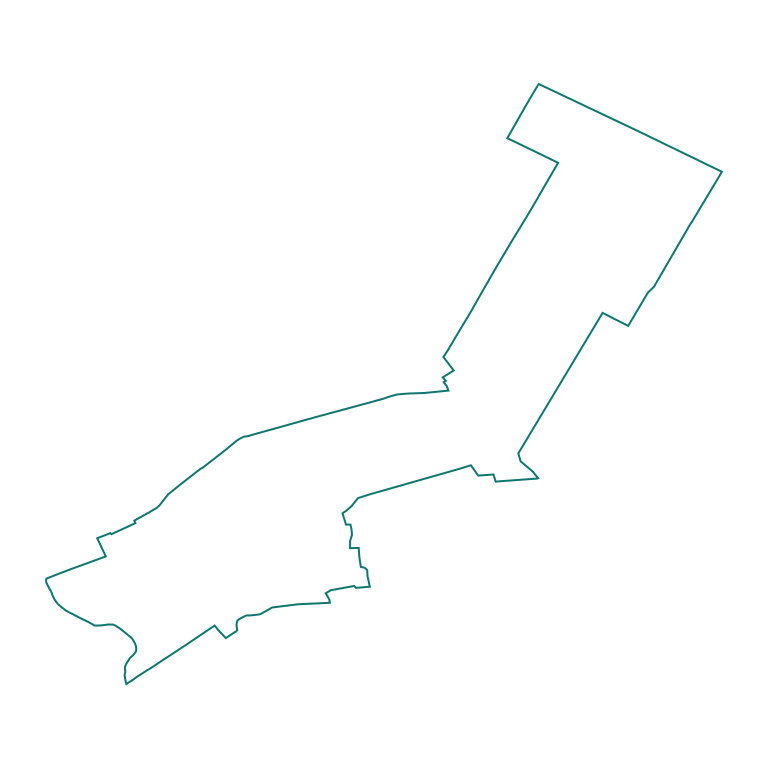 the district of Lita, Teleorman, Romania
{"feature_id": "2599482B88821279710762", "entity_name": "Lita", "entity_type": "district", "adm_level": 2, "iso_a3": "ROU", "parent_name": "Romania", "parent_adm1": "Teleorman", "projection": "robinson", "projection_center": [24.816, 43.818], "detail": "fine", "context": "isolated", "style": "outline", "palette": "teal", "viewbox_px": 768, "rotation_deg": 0, "n_neighbors": 0, "source": "geoboundaries", "source_scale": "gbopen_adm2", "svg_char_len": 2652}
<svg xmlns="http://www.w3.org/2000/svg" viewBox="0 0 768 768"><path d="M174.5,652.5L179.1,649.4L183.7,646.4L192.5,640.5L210.1,628.6L214.7,625.6L218.0,629.8L225.8,638.1L234.1,632.6L236.2,631.4L237.3,630.1L236.7,626.9L236.5,625.0L236.7,622.8L237.2,621.3L237.6,620.6L238.4,619.8L239.6,618.9L241.4,617.9L244.9,616.1L246.2,615.6L247.0,615.4L249.2,615.5L251.7,615.3L257.1,614.7L260.3,614.2L266.2,610.9L272.1,607.5L297.7,604.3L329.8,602.8L329.4,599.6L325.7,593.3L330.9,590.2L353.4,586.1L354.3,586.0L356.1,587.9L369.8,586.7L367.5,576.0L367.2,570.0L364.6,567.7L360.8,566.9L359.3,556.5L358.7,547.9L350.1,548.2L350.1,540.9L352.0,534.9L351.5,529.1L350.4,524.6L346.0,524.6L342.5,513.3L346.8,510.4L351.7,505.9L358.0,498.1L369.9,494.3L459.9,468.7L470.9,465.3L478.2,475.6L493.5,474.5L495.7,481.7L499.3,481.3L536.9,478.6L538.1,478.3L533.0,471.8L520.6,461.3L518.3,453.4L578.3,353.4L602.6,312.9L615.4,319.4L628.2,325.9L647.9,292.6L654.0,286.7L670.3,258.6L677.2,246.7L690.6,223.6L692.2,221.4L702.0,205.0L716.6,180.7L721.9,171.8L697.6,160.0L637.4,130.8L539.5,84.4L538.7,84.0L531.6,95.8L524.7,107.6L507.3,138.2L520.0,144.3L526.2,147.3L558.1,162.8L551.4,174.3L536.1,200.8L526.7,216.7L512.6,239.8L496.7,266.5L480.3,295.0L471.1,311.3L455.3,337.6L448.2,349.7L443.4,357.1L444.1,357.9L453.7,370.5L442.7,377.4L445.8,380.8L443.7,382.2L446.9,386.3L448.4,390.6L424.1,393.0L409.0,393.5L404.8,393.8L398.2,394.4L396.8,394.5L388.2,397.0L382.8,398.9L315.7,417.1L311.2,418.4L306.7,419.6L273.5,428.9L258.0,433.2L247.6,436.2L243.8,436.7L240.2,438.5L236.7,440.7L224.3,450.9L202.3,468.0L200.9,468.6L197.3,471.3L179.6,485.1L168.3,494.2L159.3,505.6L156.2,508.2L151.5,510.9L148.9,512.5L134.3,520.6L135.4,523.1L111.4,534.2L110.4,533.1L103.8,535.7L97.2,538.2L102.9,550.3L105.8,556.4L72.6,568.5L66.0,571.0L60.4,573.1L46.4,578.6L46.2,579.9L46.1,581.2L46.1,581.7L46.3,582.4L47.3,584.5L49.4,588.6L50.9,591.2L51.8,593.3L52.8,595.9L54.5,599.5L56.1,601.7L57.9,604.0L60.9,606.6L65.7,610.4L68.7,612.2L72.9,614.2L76.0,615.8L79.1,617.5L84.2,620.0L88.2,621.9L91.4,623.7L94.5,625.5L98.4,625.5L101.2,625.4L108.4,624.5L110.6,624.5L112.2,624.5L112.9,624.6L114.1,625.0L115.3,625.5L116.7,626.5L119.6,628.3L124.0,631.7L128.1,635.1L131.5,637.9L133.4,640.5L134.9,643.3L135.9,645.9L136.2,648.5L136.2,650.1L136.0,651.2L135.7,651.8L134.9,653.0L133.2,655.1L130.8,657.3L129.5,658.7L127.5,661.8L126.1,664.1L125.4,665.9L124.9,667.5L124.9,668.6L125.2,670.3L125.3,672.1L125.0,673.6L124.6,675.2L124.6,676.0L125.0,677.7L125.6,681.2L126.3,684.0L129.5,682.0L132.8,679.9L137.1,676.7L145.6,671.3L148.9,669.2L150.0,668.6L153.4,666.4L158.9,662.7L164.1,659.2L169.3,655.9L174.5,652.5Z" fill="none" stroke="#0f766e" stroke-width="2"/></svg>